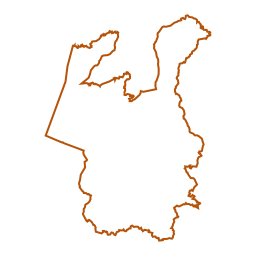 Poxoréu, Mato Grosso, Brazil (Robinson projection)
{"feature_id": "56859067B72857844459056", "entity_name": "Poxoréu", "entity_type": "district", "adm_level": 2, "iso_a3": "BRA", "parent_name": "Brazil", "parent_adm1": "Mato Grosso", "projection": "robinson", "projection_center": [-54.104, -15.809], "detail": "fine", "context": "isolated", "style": "outline", "palette": "amber", "viewbox_px": 256, "rotation_deg": 0, "n_neighbors": 0, "source": "geoboundaries", "source_scale": "gbopen_adm2", "svg_char_len": 5752}
<svg xmlns="http://www.w3.org/2000/svg" viewBox="0 0 256 256"><path d="M62.0,142.5L62.8,142.3L63.7,143.1L83.7,150.6L83.3,152.2L83.7,154.6L87.0,159.8L86.7,160.5L84.6,161.9L85.1,167.4L80.8,174.6L80.0,180.1L79.1,182.9L79.2,184.6L79.9,186.0L79.6,187.2L82.1,190.8L83.3,191.6L83.8,193.0L86.1,193.1L87.5,194.3L88.7,194.0L89.2,194.8L91.0,195.5L90.4,196.8L90.5,199.1L89.4,201.7L88.1,203.0L85.4,204.7L84.8,207.6L83.7,208.9L83.8,211.4L82.9,214.1L86.5,220.9L87.3,221.6L88.1,221.0L88.2,220.2L88.8,219.9L89.6,220.1L92.0,222.3L93.4,225.0L94.2,225.0L94.9,225.8L95.7,227.8L95.4,228.5L95.8,231.7L101.5,233.4L103.1,232.1L102.9,231.0L104.1,230.9L105.7,232.0L106.4,231.5L107.1,231.9L107.6,234.4L108.0,234.8L110.1,234.5L111.4,232.5L112.8,232.7L114.2,234.6L115.4,235.1L116.9,232.0L118.9,231.3L119.2,230.0L121.2,230.5L123.0,230.2L123.6,229.5L124.3,230.8L125.8,231.3L126.5,230.8L126.8,229.8L128.0,229.5L129.1,228.4L130.5,228.4L130.8,226.3L132.2,225.6L134.0,227.0L135.8,226.6L138.1,226.8L139.3,228.8L141.1,227.8L141.7,229.9L142.6,230.3L142.9,231.1L144.7,229.8L148.4,230.7L148.8,230.2L149.3,230.8L148.8,232.1L152.4,232.9L151.9,235.3L152.8,236.8L154.9,236.4L155.6,236.6L155.8,237.4L157.3,238.3L157.9,237.8L158.6,237.9L159.1,240.6L161.2,240.3L162.0,239.7L162.1,240.3L163.0,240.1L163.8,239.0L167.0,238.9L169.4,238.1L171.9,238.7L172.8,237.6L173.2,235.5L174.1,234.0L173.6,232.6L173.9,231.1L172.8,230.1L173.0,229.6L172.0,227.8L171.4,227.9L172.7,226.0L173.0,224.2L174.3,221.7L173.7,219.3L176.3,217.5L177.9,217.3L178.3,216.6L177.4,215.9L176.7,213.0L175.3,211.4L175.4,210.1L175.1,209.4L174.5,209.2L174.1,207.8L177.0,205.6L178.5,206.4L179.6,206.3L183.6,204.2L184.8,204.4L185.9,203.0L187.0,204.1L189.1,204.0L190.7,205.1L192.4,204.5L193.3,206.2L194.0,206.6L195.3,206.5L198.1,208.1L197.8,206.2L196.5,206.2L195.4,205.4L197.8,205.0L200.1,203.5L199.7,202.8L197.1,202.7L196.9,202.1L197.3,201.5L195.9,200.6L195.2,199.5L192.5,198.8L194.6,196.4L194.2,196.0L193.6,196.2L192.6,195.0L190.9,196.7L188.5,195.9L188.7,195.1L189.4,194.9L190.1,193.8L189.2,192.8L189.8,190.7L191.0,190.6L191.7,189.9L192.8,190.8L194.1,187.4L197.0,184.6L194.6,179.4L193.6,178.3L190.7,178.0L188.2,174.4L187.5,172.5L186.9,172.5L186.4,171.9L185.5,169.0L184.8,168.5L185.3,168.0L185.2,166.4L187.9,166.8L190.0,165.3L190.5,165.4L189.9,167.9L190.4,168.3L191.1,168.4L191.8,167.2L192.8,166.3L196.4,166.7L197.7,163.2L197.4,160.3L198.4,157.4L201.5,155.7L200.2,153.8L199.5,153.8L198.6,152.7L199.4,151.4L200.8,151.5L201.9,150.9L202.9,146.0L203.6,144.5L201.8,138.6L198.7,136.1L197.0,135.3L194.9,135.4L193.1,133.6L190.0,132.3L189.5,131.4L189.6,129.3L188.7,126.7L187.6,125.6L187.5,124.1L185.2,119.6L183.6,118.5L183.8,117.4L183.3,116.4L184.6,114.3L183.9,110.5L182.2,108.0L179.8,107.0L179.2,105.6L179.5,103.2L180.3,101.2L181.3,100.8L181.3,99.9L180.5,97.9L179.8,97.2L179.4,95.5L176.7,93.7L176.0,94.0L174.9,91.2L175.0,89.1L175.9,87.8L175.7,86.9L178.4,83.4L177.9,80.2L176.7,78.3L176.9,77.1L178.4,75.4L178.3,73.5L178.7,72.7L178.4,72.1L178.9,70.5L178.4,69.1L178.5,67.7L179.4,65.7L179.5,64.1L180.0,63.6L182.6,63.2L183.6,62.1L184.5,62.7L185.1,62.4L186.2,58.2L186.9,58.3L187.2,57.7L188.7,57.3L189.0,56.5L189.8,56.1L190.1,54.6L192.0,53.5L191.9,52.6L192.4,51.4L194.4,50.4L195.0,49.3L196.1,48.7L196.8,47.2L197.0,44.8L197.7,44.4L197.8,41.1L198.7,39.5L205.4,38.3L206.0,38.9L207.5,36.7L207.5,35.9L208.9,35.8L209.2,35.2L210.2,35.3L210.3,34.5L209.5,34.3L209.1,33.7L210.2,32.4L209.7,31.9L207.3,31.7L206.6,29.9L203.9,29.9L203.3,29.3L203.0,26.7L202.6,26.3L201.5,27.2L201.4,28.3L200.7,28.0L200.8,24.4L199.5,23.3L199.2,22.2L197.7,21.7L197.1,22.3L197.1,20.2L196.4,19.4L194.9,18.5L193.9,18.5L192.6,17.5L189.0,16.9L188.0,15.5L187.0,15.4L185.8,15.9L185.5,18.2L185.0,19.1L183.5,18.6L183.0,17.9L181.1,18.6L181.2,20.3L178.4,20.9L176.9,21.9L174.4,22.7L170.5,25.7L165.8,26.8L163.7,26.4L162.1,27.3L159.2,31.7L157.8,33.0L157.5,34.7L157.8,36.7L155.9,41.7L155.1,42.2L154.9,43.2L153.9,44.5L154.3,45.7L154.0,48.3L156.0,52.2L156.8,56.7L158.1,59.3L158.3,62.1L158.0,63.8L158.7,69.0L158.6,74.7L156.6,80.6L155.6,82.0L155.4,85.9L156.1,89.2L143.4,91.8L140.8,91.1L140.6,92.9L139.5,94.9L134.6,99.4L133.2,99.7L131.8,101.1L129.7,101.1L129.9,100.2L129.1,98.8L131.4,98.2L133.1,97.0L133.7,96.2L133.3,95.6L131.6,95.4L130.9,96.1L130.0,96.1L129.9,94.6L127.6,94.0L127.0,94.1L126.0,95.1L124.5,94.9L124.5,92.1L125.2,90.5L125.0,88.3L124.0,88.0L124.3,86.3L124.9,86.3L125.3,85.6L125.1,81.6L127.2,79.2L128.7,79.4L129.9,78.4L130.1,77.2L129.8,74.6L129.3,73.9L128.5,73.8L128.1,72.6L127.3,72.2L126.7,72.2L126.4,74.0L125.2,73.6L124.0,73.8L124.0,74.7L122.6,77.3L119.5,76.7L119.2,78.4L118.7,78.7L116.5,77.9L115.8,78.3L115.1,79.8L115.0,78.8L114.1,78.9L109.3,81.5L102.4,84.0L100.0,85.7L99.9,86.3L99.2,85.5L95.5,83.8L95.0,84.3L93.5,84.0L93.4,83.1L92.7,82.6L90.3,83.5L90.6,84.7L90.2,85.4L89.4,85.4L89.7,84.5L89.2,83.8L88.2,84.1L87.9,83.5L86.5,83.1L81.5,83.6L88.6,77.8L89.9,74.5L90.9,70.3L94.2,66.2L95.6,65.4L97.1,65.4L98.0,64.5L99.0,62.9L99.3,60.8L100.3,59.9L101.9,56.3L103.4,55.5L107.6,55.1L110.0,54.1L112.7,51.1L114.5,50.2L115.1,47.2L114.6,45.6L114.9,43.4L115.5,41.4L116.4,40.7L118.2,36.7L117.8,33.3L118.2,32.6L117.6,32.1L117.2,32.8L115.9,32.9L115.3,32.3L115.5,31.6L114.9,31.6L113.5,32.8L112.1,33.2L111.9,31.6L110.2,32.3L110.2,31.4L109.7,31.1L108.8,32.6L106.1,33.8L105.4,35.0L104.4,34.4L104.5,35.3L104.0,35.6L103.4,34.6L102.4,34.5L101.6,36.0L100.9,35.8L100.5,37.4L99.1,39.2L96.1,41.1L92.2,41.5L91.5,43.0L90.2,44.0L90.4,44.8L91.5,45.7L90.9,46.5L91.4,47.0L89.7,48.0L87.5,47.2L86.2,45.8L84.3,46.7L84.1,46.0L83.3,45.7L82.9,46.3L82.2,46.1L82.1,44.7L81.2,45.0L80.6,46.8L79.4,46.7L78.5,46.0L78.5,47.2L78.0,47.9L77.5,48.0L76.1,46.3L75.4,46.4L74.4,45.8L74.5,45.1L73.4,46.1L72.9,45.9L67.5,66.2L65.5,81.7L45.7,135.6L62.0,142.5ZM115.0,78.8L114.7,77.8L114.2,78.0L115.0,78.8Z" fill="none" stroke="#b45309" stroke-width="2"/></svg>